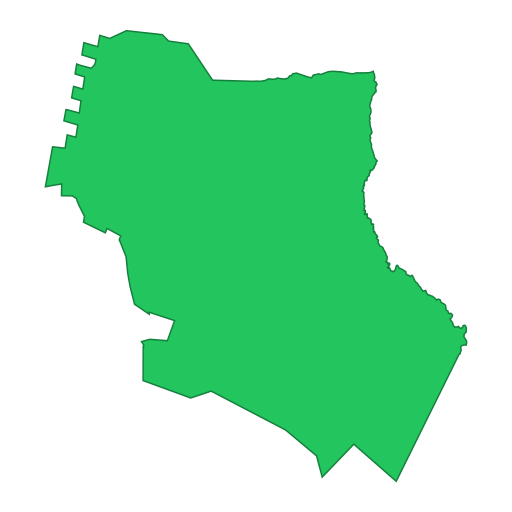 Chongwe, Lusaka, Zambia
{"feature_id": "96606910B32717004733154", "entity_name": "Chongwe", "entity_type": "district", "adm_level": 2, "iso_a3": "ZMB", "parent_name": "Zambia", "parent_adm1": "Lusaka", "projection": "equal_earth", "projection_center": [28.753, -15.39], "detail": "fine", "context": "isolated", "style": "filled", "palette": "green", "viewbox_px": 512, "rotation_deg": 0, "n_neighbors": 0, "source": "geoboundaries", "source_scale": "gbopen_adm2", "svg_char_len": 5899}
<svg xmlns="http://www.w3.org/2000/svg" viewBox="0 0 512 512"><path d="M61.7,184.0L61.5,195.7L72.4,195.9L76.5,198.6L77.1,200.9L79.1,205.6L84.5,216.4L83.5,222.2L105.3,232.8L107.1,228.5L120.8,235.9L119.6,238.6L119.2,240.0L119.6,240.5L120.8,243.4L126.1,256.8L127.7,273.1L130.0,286.2L134.6,304.3L149.2,314.2L149.0,312.2L174.6,320.6L167.4,340.7L149.8,339.3L141.5,341.6L143.7,345.0L143.7,346.4L143.2,346.4L143.1,380.6L190.7,398.0L211.1,391.1L285.6,430.0L316.6,455.9L322.2,477.1L353.8,444.2L396.2,481.3L459.0,354.4L460.0,353.9L460.5,352.0L461.2,350.1L460.7,347.1L461.4,345.8L463.9,345.0L466.1,345.1L466.6,343.2L466.6,341.1L464.8,338.2L463.9,336.6L464.3,333.7L466.0,332.4L466.3,330.3L466.3,328.1L465.8,326.5L465.1,325.5L464.5,325.2L463.2,325.6L462.8,326.7L462.5,327.2L461.4,328.3L459.7,327.9L458.5,326.4L458.3,326.4L457.4,327.0L455.7,326.9L454.6,327.2L453.0,324.7L452.9,323.3L450.1,319.0L451.3,317.8L452.0,316.9L452.5,315.0L450.9,313.3L449.3,313.5L448.6,313.3L448.0,311.3L447.8,311.0L446.6,310.5L446.1,309.3L445.4,305.1L444.3,304.1L441.3,302.5L440.0,299.7L438.7,299.2L438.0,299.2L436.4,300.2L435.6,298.8L432.3,296.2L430.7,295.7L429.6,295.1L427.9,294.8L426.7,293.3L426.1,291.5L425.6,290.4L423.3,291.2L421.5,289.4L420.5,287.3L420.2,287.0L419.2,286.3L417.2,283.1L415.2,281.5L414.3,279.4L414.2,279.3L412.6,275.9L411.9,275.3L410.1,276.6L409.0,275.4L406.9,274.8L405.8,272.7L405.8,271.6L403.0,269.9L401.9,269.2L399.2,268.1L397.7,265.4L397.1,265.4L396.6,265.5L396.4,265.8L396.0,266.8L395.9,267.6L395.7,268.0L395.7,268.4L395.5,268.8L395.4,269.4L395.2,269.6L395.1,270.0L394.5,270.9L394.2,271.2L393.0,271.7L392.8,271.6L392.7,271.1L391.9,271.2L391.6,271.0L390.9,270.9L390.8,270.6L390.5,270.4L390.4,270.1L390.4,269.5L390.1,268.9L389.5,267.9L389.1,268.0L388.5,268.3L387.8,268.2L387.6,268.0L387.7,267.3L388.1,266.8L388.5,266.7L388.9,266.2L389.7,264.5L389.8,263.9L389.4,263.2L389.1,263.2L388.7,263.5L388.5,264.5L388.2,264.4L388.1,264.1L387.9,263.7L387.7,263.4L387.7,263.2L387.8,262.6L387.7,262.4L387.2,262.2L386.3,262.2L385.9,261.9L385.8,261.5L386.4,261.0L386.9,260.0L387.1,258.3L387.2,258.0L387.1,256.6L387.0,256.2L386.4,255.7L386.2,255.4L386.1,254.6L385.9,254.2L385.9,253.8L385.8,253.3L385.5,253.0L384.3,250.6L384.0,250.3L383.6,249.5L383.0,247.9L382.3,247.1L382.0,247.0L381.7,246.7L379.8,246.0L379.3,244.9L379.3,244.6L378.7,243.8L378.2,243.2L378.1,242.1L378.1,241.4L378.4,240.4L378.4,240.1L378.2,240.0L378.0,239.7L377.4,239.3L377.0,238.9L376.7,238.3L376.7,237.7L376.5,237.3L376.9,237.0L377.3,237.1L377.6,237.0L377.6,236.6L376.6,235.1L376.2,234.6L375.8,234.3L375.1,233.3L375.0,233.0L375.0,232.6L374.7,231.8L374.3,231.5L373.8,231.9L373.6,231.9L373.6,230.5L373.7,229.9L373.6,228.9L373.3,228.8L373.2,228.0L373.5,227.8L373.7,227.2L373.4,226.0L373.1,225.7L373.0,225.3L373.2,224.7L373.5,224.4L373.0,224.0L372.7,224.7L372.3,224.7L371.9,224.5L371.6,223.6L371.3,223.3L371.0,222.0L371.0,221.5L371.3,220.6L371.0,220.3L370.7,219.2L370.3,219.2L369.4,218.6L369.0,218.1L368.2,218.3L367.9,218.2L367.8,217.6L367.4,217.4L367.2,217.0L367.1,216.1L367.3,214.7L367.3,214.0L367.2,213.9L366.6,213.9L366.4,214.1L366.1,214.2L365.7,213.9L365.0,214.5L364.7,214.4L364.7,214.1L364.6,213.9L364.6,213.5L364.7,213.2L365.0,212.9L365.1,212.3L365.4,212.2L365.5,212.0L365.4,210.8L365.0,210.3L364.4,210.5L364.1,210.5L363.8,210.2L364.1,209.8L364.3,209.1L364.2,208.5L364.3,208.1L364.5,207.5L364.5,206.7L364.8,206.4L364.7,205.3L364.3,204.9L364.0,204.9L363.8,203.8L364.0,203.2L364.2,202.9L364.4,201.7L364.1,199.6L363.8,195.3L363.6,195.0L363.6,194.1L363.8,193.9L363.8,193.6L364.0,192.8L363.3,191.6L362.3,191.4L362.2,191.0L362.2,190.5L362.5,190.2L363.5,188.7L363.6,187.8L363.4,187.3L363.3,186.6L363.5,186.4L363.5,185.8L363.7,185.5L364.1,185.7L364.2,185.2L364.5,184.9L364.2,183.9L364.4,183.4L364.3,182.8L364.4,182.1L364.8,181.6L365.2,180.4L365.4,180.1L365.7,180.1L366.7,180.6L367.0,180.3L367.0,178.8L367.2,177.9L367.2,177.5L367.4,177.0L368.9,175.9L369.0,175.3L369.3,175.1L369.3,174.9L369.0,174.5L369.1,174.0L369.5,173.6L369.9,172.6L370.5,171.5L370.1,171.2L369.9,170.9L370.0,170.3L370.4,170.1L371.1,170.2L372.6,170.0L373.0,168.9L373.7,168.4L374.2,167.8L374.1,167.1L374.4,166.9L374.4,166.1L375.1,165.6L376.0,163.8L375.8,162.6L377.2,161.0L374.7,158.0L373.0,151.8L371.4,147.4L371.5,144.3L371.0,143.1L370.6,142.6L370.6,141.6L370.2,140.9L370.1,140.2L370.1,139.6L370.4,138.9L370.6,138.2L370.6,137.4L370.2,136.9L369.9,135.8L370.2,135.0L371.7,133.3L371.9,131.7L371.5,130.8L371.3,129.5L370.9,128.2L370.3,126.5L369.9,123.4L370.1,122.4L369.6,121.1L369.6,120.2L369.9,119.4L370.1,118.4L369.8,117.5L369.4,116.8L369.7,115.7L370.9,112.8L371.0,110.7L370.7,108.6L370.4,107.8L369.8,106.6L369.7,105.7L370.8,101.5L371.1,100.5L371.6,99.8L371.7,98.7L371.7,97.7L371.9,96.8L372.3,96.1L372.7,95.6L373.1,94.8L374.0,94.0L374.6,93.3L375.0,92.2L375.3,92.2L376.0,91.8L376.1,91.1L376.0,89.7L375.7,88.9L375.6,87.7L375.7,86.8L376.2,86.0L376.3,85.3L376.7,85.1L377.0,84.7L377.0,84.1L376.7,83.8L376.3,83.5L376.3,82.7L375.1,81.5L374.6,81.5L374.3,81.2L374.1,80.4L374.2,79.9L374.5,79.3L374.5,78.5L374.9,77.7L374.4,75.3L374.5,74.7L374.0,73.7L373.5,72.5L373.3,71.3L370.0,72.6L365.3,72.9L356.0,72.9L352.7,73.9L346.7,72.9L341.7,71.9L333.3,71.3L328.6,71.6L321.0,74.4L320.2,74.4L318.4,73.8L316.8,74.3L313.4,75.0L312.6,76.1L311.9,77.5L311.4,77.8L307.6,76.9L296.5,73.1L292.7,73.8L291.4,75.7L289.9,75.7L287.6,78.4L285.8,78.6L285.5,79.1L279.8,78.5L277.3,78.0L275.8,78.9L273.2,79.3L271.7,79.1L270.5,79.1L268.5,78.8L265.2,80.5L260.5,81.3L256.2,81.1L253.6,81.3L212.6,80.2L188.3,43.8L168.7,41.1L162.3,34.7L126.4,30.7L109.5,38.5L107.2,37.6L99.8,35.4L97.8,46.7L83.9,42.7L81.9,54.9L95.8,59.2L95.4,62.6L95.1,63.5L94.5,64.8L92.8,66.8L91.1,68.2L79.5,65.1L76.7,64.0L75.1,73.9L84.7,77.0L82.8,89.1L74.1,86.5L73.6,86.4L71.6,97.9L81.0,100.7L79.3,113.0L67.0,109.7L66.0,109.6L63.9,120.8L77.8,125.0L75.9,137.2L67.2,134.9L65.1,148.2L52.6,146.8L45.4,186.8L55.0,185.0L61.7,184.0Z" fill="#22c55e" stroke="#15803d" stroke-width="1.5"/></svg>